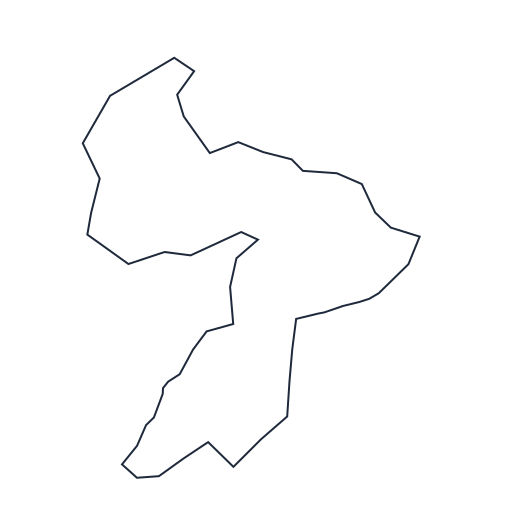 Siguldas, orthographic projection, rotated 83°
{"feature_id": "LVA-5778", "entity_name": "Siguldas", "entity_type": "Municipality", "adm_level": 1, "iso_a3": "LVA", "parent_name": "Latvia", "parent_adm1": "", "projection": "orthographic", "projection_center": [24.938, 57.102], "detail": "fine", "context": "isolated", "style": "outline", "palette": "slate", "viewbox_px": 512, "rotation_deg": 83, "n_neighbors": 0, "source": "natural_earth", "source_scale": "10m", "svg_char_len": 820}
<svg xmlns="http://www.w3.org/2000/svg" viewBox="0 0 512 512"><g transform="rotate(83 256 256)"><path d="M446.5,414.4L429.9,397.2L410.4,385.7L403.8,377.0L381.5,365.4L375.8,364.4L370.0,358.5L364.0,346.1L341.2,329.9L324.8,314.2L320.7,286.9L283.6,285.5L255.9,275.7L240.0,252.1L230.4,267.8L247.4,320.8L240.9,346.3L248.4,383.6L214.2,420.8L193.1,414.4L160.1,401.7L123.0,414.2L79.2,381.3L49.3,313.0L65.0,294.9L86.3,314.6L108.7,310.7L148.2,289.3L140.8,259.8L153.7,236.3L164.4,208.9L177.2,199.1L183.7,165.7L197.5,142.2L227.3,132.5L244.3,118.7L256.7,91.2L282.7,105.7L307.9,138.7L312.3,148.9L314.2,158.9L316.2,175.7L320.3,195.1L320.7,201.1L323.3,223.8L353.1,231.4L384.3,238.0L419.1,244.6L438.4,273.2L462.5,304.1L434.9,326.2L448.2,352.7L462.7,379.2L461.6,401.2L446.5,414.4Z" fill="none" stroke="#1e293b" stroke-width="2"/></g></svg>